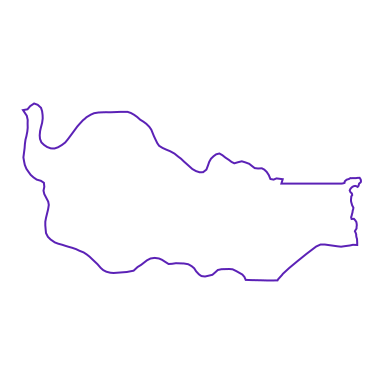 Anamã, Amazonas, Brazil (Albers equal-area conic projection)
{"feature_id": "56859067B85259643543975", "entity_name": "Anamã", "entity_type": "district", "adm_level": 2, "iso_a3": "BRA", "parent_name": "Brazil", "parent_adm1": "Amazonas", "projection": "albers", "projection_center": [-61.675, -3.474], "detail": "fine", "context": "isolated", "style": "outline", "palette": "violet", "viewbox_px": 384, "rotation_deg": 0, "n_neighbors": 0, "source": "geoboundaries", "source_scale": "gbopen_adm2", "svg_char_len": 3203}
<svg xmlns="http://www.w3.org/2000/svg" viewBox="0 0 384 384"><path d="M351.7,203.7L351.3,202.4L351.0,201.0L351.0,199.3L351.2,197.8L351.3,196.4L352.2,195.1L351.9,193.5L350.4,192.1L349.7,190.4L350.4,188.9L351.5,187.6L352.5,186.8L353.7,186.2L355.1,185.9L356.3,186.2L357.6,186.9L358.5,185.9L359.1,183.6L360.7,182.3L361.0,181.1L360.7,179.5L359.6,177.8L357.5,177.9L356.1,178.1L354.2,178.1L352.9,178.1L351.6,178.2L350.4,178.1L348.9,179.0L346.6,179.7L344.8,181.3L344.5,182.9L342.9,183.4L341.5,183.6L296.4,183.6L281.4,183.6L282.7,179.2L276.5,178.4L273.6,179.6L270.4,179.0L268.8,175.1L266.7,171.9L264.3,169.6L261.8,168.3L258.1,168.5L254.7,168.1L252.1,166.1L249.2,163.8L245.4,162.4L241.8,161.3L238.1,162.2L234.3,163.3L231.5,161.9L228.9,159.9L225.4,157.6L222.4,155.2L219.4,153.5L216.2,154.3L213.6,156.2L211.0,158.7L209.2,161.9L208.0,165.4L206.4,169.6L203.1,172.2L199.7,172.3L196.0,171.1L192.3,169.0L186.4,163.7L183.9,161.5L181.0,158.7L178.3,156.7L174.5,153.6L170.1,151.2L166.2,149.6L162.5,147.9L159.1,145.8L157.3,143.2L155.5,139.5L153.9,136.1L151.3,129.7L149.3,126.8L146.3,123.8L143.3,121.6L140.2,119.7L137.2,117.0L134.1,114.8L130.9,113.0L127.7,111.9L123.8,111.9L119.7,111.9L114.8,112.1L109.9,112.3L106.2,112.2L102.8,112.3L98.5,112.5L94.1,113.2L90.9,114.6L86.5,117.2L84.9,118.7L82.9,120.3L79.5,124.0L77.3,126.5L74.8,129.9L72.3,133.3L70.0,136.4L67.6,139.6L65.2,142.5L61.9,145.0L58.0,147.3L54.5,148.5L50.9,148.4L47.1,147.0L44.0,144.9L41.4,142.4L40.0,138.9L39.7,135.4L40.1,131.0L41.0,127.1L42.1,122.9L42.7,118.5L42.6,115.1L42.1,111.2L41.0,107.8L37.7,104.8L34.1,103.5L30.2,106.1L27.5,109.3L23.0,110.1L26.8,115.8L27.7,119.9L27.6,123.6L27.7,127.8L27.3,131.6L26.4,136.2L25.5,139.6L24.9,144.0L24.6,148.1L23.4,157.4L24.1,161.5L24.8,164.9L26.4,168.8L28.6,172.0L30.7,174.9L33.5,177.4L36.7,179.6L40.9,180.8L43.9,182.8L44.3,186.8L43.5,190.7L44.3,194.1L48.2,201.6L48.8,204.9L48.1,209.3L46.0,217.9L45.3,221.7L45.3,225.4L45.6,228.9L46.0,233.1L47.9,236.8L50.6,239.5L54.8,242.4L58.2,243.7L62.3,244.8L65.6,245.9L68.9,246.9L72.2,247.8L74.5,248.6L76.0,249.1L79.3,250.7L83.6,252.4L86.8,254.5L89.6,256.7L92.0,259.0L97.5,264.2L100.7,267.9L103.2,270.1L106.3,271.7L110.2,272.7L113.5,273.0L126.8,272.0L133.6,270.7L137.6,267.0L141.2,264.8L147.0,260.3L150.5,258.5L154.6,257.9L156.9,258.2L159.0,258.5L162.0,259.8L165.1,261.8L168.6,264.0L172.0,263.8L175.9,263.2L184.0,263.5L188.1,264.2L189.1,264.7L191.7,266.2L194.2,268.3L196.1,271.3L198.9,274.3L200.7,275.6L201.7,276.1L205.0,276.5L208.2,275.8L212.4,274.8L215.4,272.2L217.8,270.0L221.5,269.2L229.2,269.0L232.6,269.3L236.3,271.1L242.3,274.5L244.4,276.9L245.7,279.9L251.6,280.1L261.6,280.3L268.6,280.5L277.5,280.4L278.1,279.3L282.0,275.0L282.9,273.8L289.2,268.0L297.4,261.2L304.1,255.8L306.2,254.1L309.6,251.5L316.2,246.5L320.6,244.5L322.5,244.5L324.6,244.5L337.5,246.3L341.1,246.7L344.5,246.2L349.8,245.5L352.9,244.8L355.3,244.9L357.2,245.0L357.2,242.6L357.0,238.9L356.5,237.4L356.2,235.8L356.2,234.5L355.7,232.9L354.9,231.2L355.5,230.1L356.5,228.6L356.6,226.7L356.8,225.1L356.6,223.3L356.3,221.9L355.3,220.4L353.9,218.8L351.6,219.0L351.1,217.2L351.7,215.5L352.0,214.1L352.5,212.3L352.7,210.7L353.2,209.1L353.4,207.7L352.1,205.2L351.7,203.7Z" fill="none" stroke="#5b21b6" stroke-width="2"/></svg>